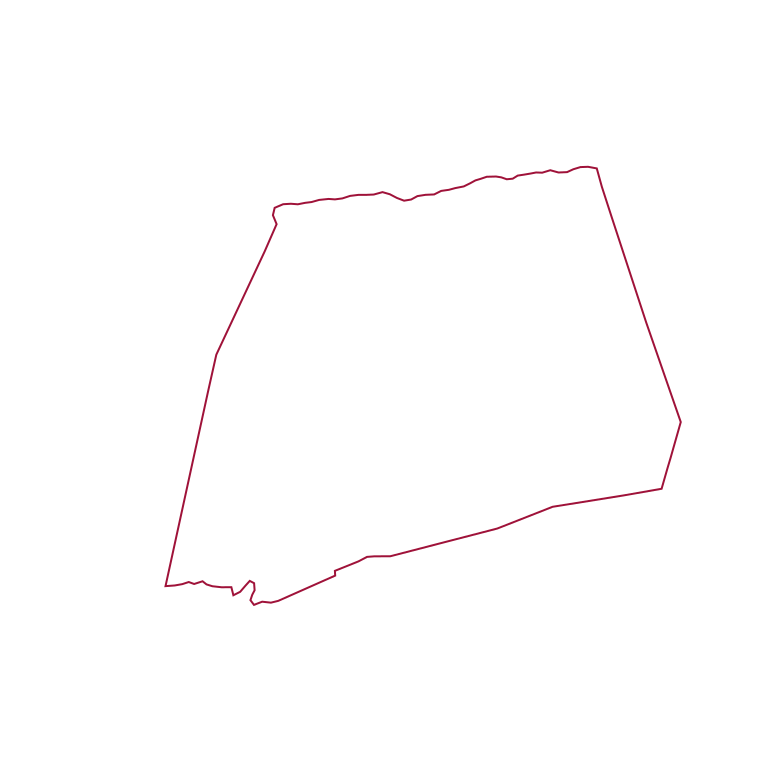 Cafarnaum, Bahia, Brazil (Robinson projection), rotated 247°
{"feature_id": "56859067B91218172071178", "entity_name": "Cafarnaum", "entity_type": "district", "adm_level": 2, "iso_a3": "BRA", "parent_name": "Brazil", "parent_adm1": "Bahia", "projection": "robinson", "projection_center": [-41.478, -11.714], "detail": "fine", "context": "isolated", "style": "outline", "palette": "rose", "viewbox_px": 768, "rotation_deg": 247, "n_neighbors": 0, "source": "geoboundaries", "source_scale": "gbopen_adm2", "svg_char_len": 1294}
<svg xmlns="http://www.w3.org/2000/svg" viewBox="0 0 768 768"><g transform="rotate(247 384 384)"><path d="M225.7,201.9L226.7,264.2L231.2,265.8L230.7,291.2L231.5,300.8L229.1,307.9L223.0,322.4L215.5,372.7L213.7,384.8L206.7,431.8L205.1,491.2L187.8,561.1L179.1,598.6L195.9,612.2L204.1,619.0L209.7,623.5L233.0,642.3L287.9,646.0L338.2,649.4L448.8,658.8L480.5,661.6L499.3,664.1L504.2,656.7L506.9,649.6L507.7,642.2L507.5,635.3L510.5,627.3L515.8,620.6L516.7,612.2L519.3,606.6L520.4,601.4L521.9,595.1L523.6,588.5L522.7,582.7L524.5,577.0L528.4,572.7L531.2,568.2L534.6,559.6L535.1,553.1L535.7,547.7L535.1,541.7L534.7,534.6L536.5,526.1L537.4,519.6L539.4,512.1L538.9,504.2L541.9,496.2L543.9,488.2L543.2,481.1L544.9,474.1L550.2,468.6L556.4,463.5L561.2,457.6L562.4,448.6L565.1,441.4L568.1,434.3L570.4,426.3L571.1,418.2L573.1,411.0L576.0,405.3L578.8,396.2L579.8,388.4L581.6,382.1L583.1,374.9L586.3,368.7L588.9,361.4L588.9,352.2L582.8,347.7L573.1,347.6L552.7,326.0L476.5,241.1L446.4,219.5L283.3,103.9L280.3,112.7L278.6,120.1L278.0,126.9L274.1,131.1L273.3,139.9L268.9,142.3L264.9,147.0L260.4,155.0L256.6,164.1L248.4,162.8L248.9,170.4L252.5,177.7L255.2,183.5L251.4,186.6L244.7,184.3L241.5,180.4L237.2,176.6L231.5,178.0L231.2,186.8L226.9,194.5L225.7,201.9Z" fill="none" stroke="#9f1239" stroke-width="2"/></g></svg>